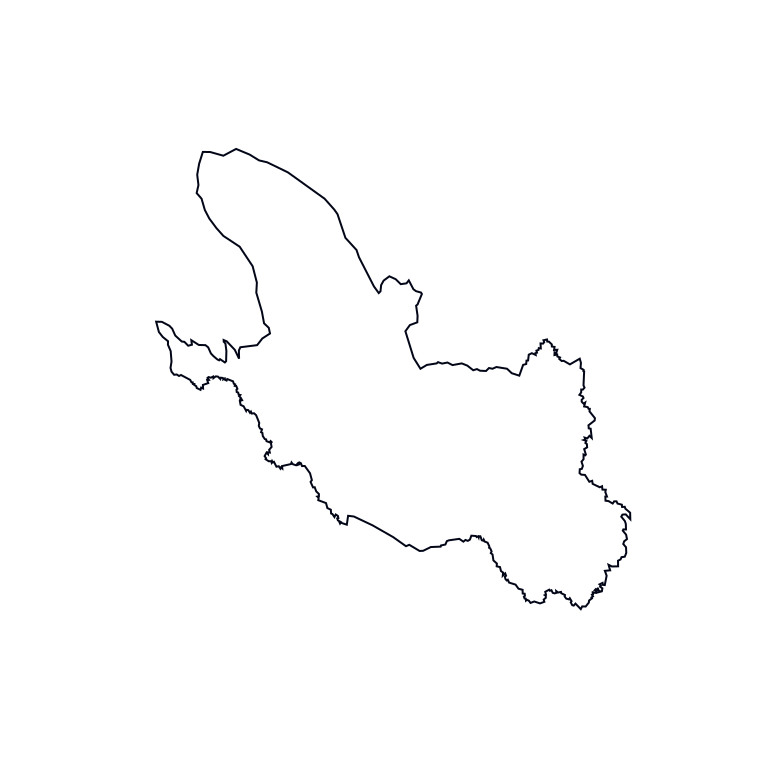 outline of Thai Charoen, Yasothon, Thailand, rotated 336°
{"feature_id": "78962969B95205724329229", "entity_name": "Thai Charoen", "entity_type": "district", "adm_level": 2, "iso_a3": "THA", "parent_name": "Thailand", "parent_adm1": "Yasothon", "projection": "equal_earth", "projection_center": [104.445, 16.096], "detail": "fine", "context": "isolated", "style": "outline", "palette": "ink", "viewbox_px": 768, "rotation_deg": 336, "n_neighbors": 0, "source": "geoboundaries", "source_scale": "gbopen_adm2", "svg_char_len": 6165}
<svg xmlns="http://www.w3.org/2000/svg" viewBox="0 0 768 768"><g transform="rotate(336 384 384)"><path d="M417.5,616.3L422.6,620.8L423.6,625.7L426.9,628.4L425.5,631.8L427.2,632.8L426.6,634.8L425.3,635.2L425.2,637.1L426.1,637.6L425.6,639.6L426.7,639.2L428.2,640.9L428.8,643.6L432.8,643.8L437.3,647.9L441.9,648.2L442.2,645.9L444.9,645.1L445.7,643.2L445.1,642.3L446.3,642.3L446.8,639.4L451.3,639.1L451.5,640.4L453.1,640.5L453.2,643.4L454.8,644.7L456.6,644.9L457.1,643.2L458.2,645.3L461.1,645.9L460.8,647.2L463.5,650.4L462.6,651.6L463.2,654.2L465.4,656.0L466.6,655.3L467.0,658.7L465.8,659.4L466.0,662.6L467.2,663.6L469.6,662.5L472.2,669.7L474.6,667.8L477.7,669.3L482.2,667.0L483.3,665.2L486.8,664.4L486.7,663.4L488.6,663.0L488.3,661.1L489.4,661.1L490.1,658.3L490.4,659.9L492.9,661.1L493.9,660.0L492.5,658.2L494.0,657.5L494.7,658.8L496.6,657.2L495.8,659.2L496.9,660.9L495.5,661.5L498.7,662.0L500.4,659.5L499.0,657.1L500.1,656.4L499.4,654.7L502.8,654.6L502.3,656.5L503.9,657.5L509.4,649.7L509.8,644.5L514.8,646.2L515.6,640.5L518.0,643.4L523.7,645.8L525.9,640.6L528.7,640.5L530.6,638.8L533.7,639.7L536.6,636.9L538.7,631.6L537.5,627.5L539.4,625.4L542.9,624.5L543.9,620.1L542.5,615.1L543.5,614.2L545.9,615.3L548.0,610.2L548.3,607.2L546.8,601.7L548.7,600.3L551.8,601.4L554.0,607.7L556.5,601.7L553.8,596.1L554.0,594.1L551.5,593.2L552.2,591.0L548.7,588.2L548.7,585.8L546.6,584.8L544.3,586.2L541.5,582.3L538.9,580.7L540.4,576.9L541.9,577.5L542.2,572.8L543.6,570.8L540.6,569.3L541.6,566.1L539.1,566.1L534.0,560.1L534.8,557.1L531.8,556.8L530.6,548.8L527.3,547.0L526.4,544.9L528.2,541.5L530.2,542.0L532.4,539.7L532.8,535.3L535.7,533.9L537.6,529.6L538.7,531.0L539.7,530.6L540.4,524.9L543.8,524.5L544.9,521.4L544.0,519.8L545.7,518.3L543.8,516.5L545.3,516.7L545.5,514.6L547.6,516.4L550.6,514.9L551.8,517.8L554.6,508.9L553.0,507.8L554.0,504.9L561.6,503.0L562.8,501.0L560.6,492.6L561.9,490.4L560.8,489.9L560.7,488.0L557.7,485.9L560.2,482.8L558.3,483.1L557.4,480.6L558.1,478.9L560.6,477.9L560.6,476.3L558.1,473.4L560.7,471.9L561.9,469.3L563.4,470.0L565.7,468.9L565.7,466.4L572.0,453.8L571.4,453.2L572.1,452.2L570.0,449.4L572.5,444.8L573.1,440.5L561.8,441.7L557.6,435.9L555.7,435.3L554.3,432.4L555.6,431.4L553.6,429.4L554.2,427.5L551.5,426.9L552.7,424.5L553.9,425.8L556.2,423.2L553.2,422.1L554.9,419.5L552.6,418.0L553.4,416.1L551.9,412.4L550.4,411.6L551.0,409.6L547.5,408.9L547.4,410.9L545.8,411.8L543.5,410.6L541.7,415.3L540.0,414.2L539.0,415.7L536.8,415.5L536.5,417.6L534.9,417.4L534.4,419.2L531.6,416.0L528.2,416.1L525.2,421.1L523.7,420.6L522.0,423.6L518.9,423.1L511.0,431.4L505.1,426.1L502.6,420.1L493.6,414.2L489.3,414.2L486.4,412.1L482.5,413.6L477.1,410.9L475.0,408.2L471.1,407.7L467.6,401.1L463.4,396.8L454.3,394.6L450.7,390.2L445.4,389.0L442.2,386.0L440.5,386.6L430.9,384.0L423.5,384.9L421.7,372.2L425.0,344.5L431.6,340.7L439.5,341.2L442.4,335.4L445.2,325.5L447.0,325.0L455.2,317.2L455.0,315.5L451.0,312.2L449.4,309.4L448.8,299.4L445.5,301.2L439.9,299.6L437.3,293.0L432.7,287.8L425.7,289.4L421.6,292.5L418.5,297.9L416.2,298.8L414.5,290.8L412.7,258.0L413.4,250.4L408.2,234.8L410.6,209.9L409.5,204.4L405.1,190.6L382.3,151.6L367.4,133.9L360.8,128.9L354.6,119.8L344.5,109.1L330.1,110.1L319.6,101.4L312.9,98.3L304.7,107.6L298.5,116.8L295.4,126.8L290.5,133.4L292.7,140.5L291.1,152.2L291.7,161.8L294.3,173.4L297.5,183.4L308.0,199.9L311.9,223.0L309.1,239.7L304.5,248.6L301.9,268.2L299.1,279.8L301.6,285.8L300.4,291.5L291.4,292.9L283.9,296.9L267.7,292.0L265.1,294.3L261.9,301.9L261.6,292.1L257.7,281.1L255.4,278.6L254.8,280.2L255.6,282.5L253.5,289.6L249.0,299.0L247.4,299.6L244.3,294.6L243.0,295.3L241.7,293.7L239.5,289.1L238.3,285.7L238.3,279.0L236.7,275.9L230.7,273.0L225.8,265.6L224.5,270.0L220.7,269.4L218.8,264.3L216.5,262.9L213.0,254.8L213.0,247.3L211.6,243.5L206.4,236.9L201.2,234.4L199.5,244.9L201.0,251.0L204.1,257.1L202.6,260.2L202.5,267.2L199.0,277.1L195.5,282.5L194.9,286.3L196.0,290.2L198.5,291.0L200.0,293.3L202.2,293.2L208.6,301.4L208.8,304.2L209.9,304.7L209.4,306.2L210.8,306.9L210.3,307.9L211.6,309.6L211.3,311.5L214.0,314.7L215.5,312.9L216.9,314.5L218.2,311.2L223.8,311.7L224.1,308.4L225.7,309.0L225.2,306.7L226.5,306.3L228.4,307.8L231.0,307.7L230.5,309.3L233.4,308.6L235.3,309.7L236.5,312.9L237.3,311.8L238.7,312.6L239.6,313.5L239.1,314.4L240.8,314.2L240.5,315.6L241.6,316.8L242.8,315.7L247.2,320.2L246.9,322.7L247.9,323.8L246.9,325.0L248.2,325.7L248.1,328.8L246.9,329.2L246.2,331.4L247.3,332.5L246.9,334.5L248.2,335.6L246.7,336.2L247.5,338.2L246.6,339.3L247.6,339.4L247.8,341.1L245.4,340.9L244.5,344.7L246.7,347.3L247.1,352.4L247.8,351.6L249.4,352.7L249.9,355.8L251.2,355.1L251.2,357.2L253.4,357.9L254.5,360.5L254.2,368.8L252.6,371.3L252.6,374.1L254.1,375.8L252.1,378.0L253.0,379.2L252.1,382.3L252.7,385.8L253.8,386.7L253.4,388.4L255.8,390.8L257.2,390.0L257.7,391.4L256.7,391.9L255.7,395.8L252.3,397.4L251.8,400.2L250.1,399.2L249.5,400.8L248.8,398.9L245.6,401.3L246.1,403.8L245.2,404.5L247.3,407.7L249.5,408.6L249.4,409.9L250.4,408.9L250.5,410.4L251.8,410.3L252.1,415.8L254.4,416.3L254.9,419.1L255.8,418.3L256.7,419.9L257.5,417.5L266.5,419.3L267.6,418.1L268.1,420.2L270.6,422.5L272.1,421.8L272.1,422.8L273.8,422.9L274.0,421.2L274.8,421.2L275.9,422.6L275.7,425.6L278.3,426.7L280.1,435.5L279.0,442.5L277.1,443.6L277.1,449.6L278.7,450.1L278.4,454.5L279.8,458.0L278.9,460.0L277.3,459.7L278.0,461.4L276.7,463.4L282.6,469.2L281.8,474.3L284.3,477.2L283.0,480.8L284.0,481.8L284.6,485.4L286.8,483.6L288.2,485.7L287.8,487.9L286.6,487.8L286.4,489.8L287.8,491.7L287.1,491.6L287.1,493.6L288.0,493.0L292.8,497.4L297.6,489.8L302.6,492.8L316.0,508.4L330.1,527.6L338.1,541.1L341.7,541.2L348.6,551.0L351.9,552.3L360.5,552.0L369.6,555.6L370.4,554.7L374.8,555.6L377.5,553.1L379.7,553.2L389.8,556.1L392.4,560.3L395.0,559.6L396.8,561.4L399.2,561.1L402.1,558.1L406.2,560.3L406.4,561.5L408.1,561.4L408.1,562.6L408.7,561.7L410.1,562.3L409.8,566.5L411.0,567.6L411.8,566.8L411.8,568.8L414.1,571.1L414.2,575.1L413.4,576.3L414.2,577.3L414.2,580.7L412.8,581.9L413.8,583.9L412.2,589.7L414.1,593.9L412.8,596.4L415.5,598.4L414.8,602.5L416.1,604.7L414.6,607.4L417.7,606.3L417.5,608.8L416.1,609.2L415.6,611.5L416.2,613.4L417.5,613.2L417.5,616.3Z" fill="none" stroke="#020617" stroke-width="2"/></g></svg>